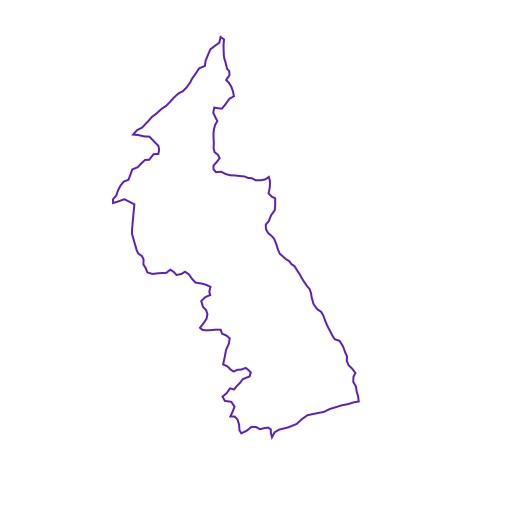 outline of Teolândia, Bahia, Brazil, rotated 220°
{"feature_id": "56859067B17298582971719", "entity_name": "Teolândia", "entity_type": "district", "adm_level": 2, "iso_a3": "BRA", "parent_name": "Brazil", "parent_adm1": "Bahia", "projection": "equal_earth", "projection_center": [-39.49, -13.568], "detail": "fine", "context": "isolated", "style": "outline", "palette": "violet", "viewbox_px": 512, "rotation_deg": 220, "n_neighbors": 0, "source": "geoboundaries", "source_scale": "gbopen_adm2", "svg_char_len": 3134}
<svg xmlns="http://www.w3.org/2000/svg" viewBox="0 0 512 512"><g transform="rotate(220 256 256)"><path d="M127.2,127.4L128.4,132.9L126.6,138.0L123.6,142.0L120.9,145.9L116.9,153.5L116.0,160.6L114.2,167.2L110.8,171.5L107.4,175.8L103.9,180.0L101.0,186.5L97.8,191.3L94.5,196.5L90.2,201.8L87.2,206.5L83.8,210.6L87.7,214.2L92.0,217.1L95.6,220.3L100.6,222.1L103.7,226.1L104.7,230.3L110.0,231.5L114.9,231.9L118.9,233.9L121.8,237.6L126.5,239.9L129.4,241.7L132.3,243.1L137.5,244.7L142.2,242.8L146.5,244.2L151.3,246.2L157.2,248.7L161.6,251.0L166.3,253.7L170.2,255.1L175.1,254.6L181.1,256.2L186.5,259.9L190.1,263.0L193.7,265.1L197.8,265.8L203.5,267.4L207.3,268.7L210.4,270.0L213.7,270.9L220.1,273.0L223.5,272.5L227.1,273.4L231.4,272.8L236.0,273.0L239.2,273.0L243.3,275.0L248.5,278.4L253.7,281.0L257.4,281.4L261.5,281.4L265.7,283.0L268.7,286.4L268.6,290.9L270.6,296.8L271.1,303.2L274.0,307.3L278.4,312.5L281.9,311.6L286.6,312.0L289.7,317.7L293.3,322.2L297.0,324.8L298.1,320.7L301.0,317.1L304.9,313.8L309.2,312.9L312.2,310.7L315.8,309.6L320.2,306.6L324.4,303.8L327.4,301.4L331.9,299.3L336.7,298.2L340.6,294.5L344.3,295.1L346.7,298.0L346.5,302.2L346.7,307.5L350.3,309.1L354.4,308.9L357.8,311.3L360.9,315.4L364.0,318.7L367.6,322.9L369.9,326.5L371.6,330.2L372.3,334.5L375.3,335.7L380.9,338.3L383.3,342.9L380.1,344.7L376.8,347.0L376.9,351.8L377.4,359.3L375.6,364.2L379.3,367.2L383.5,369.7L388.3,371.3L392.0,371.6L392.6,377.6L395.3,380.4L398.5,380.8L401.3,382.9L404.0,384.9L406.9,386.7L409.6,389.0L413.2,393.0L416.3,396.5L419.7,401.3L423.9,401.0L421.2,395.8L422.4,391.3L423.8,385.1L422.1,379.3L420.1,373.1L417.3,368.8L420.2,363.2L419.4,356.3L419.0,350.9L418.0,346.7L417.5,340.2L418.0,335.2L419.9,330.6L420.7,324.7L420.9,318.7L421.3,313.4L422.9,308.0L423.9,300.7L425.1,295.9L425.2,290.7L425.5,286.0L425.8,281.2L428.0,276.0L428.2,270.0L423.9,273.0L418.6,275.7L414.4,278.9L401.6,277.6L398.5,275.1L396.4,271.4L399.9,268.2L399.7,261.0L402.7,258.3L403.4,253.5L403.7,248.0L406.4,242.8L404.3,237.1L402.7,232.4L405.1,228.1L405.1,223.2L403.9,217.6L401.9,212.5L402.0,207.4L399.5,204.7L396.4,209.6L393.3,214.9L382.4,217.4L372.8,203.5L368.0,196.7L365.3,193.3L350.9,183.6L347.7,182.2L343.2,182.6L339.9,181.1L336.9,177.2L332.7,175.8L328.7,173.6L323.9,175.6L320.2,179.5L317.0,182.6L313.9,185.4L312.8,190.4L309.1,190.9L304.7,190.4L301.6,194.2L300.3,198.3L295.6,198.8L290.5,197.4L285.4,196.7L280.0,199.9L275.7,201.9L271.1,203.1L268.8,198.6L266.0,196.7L268.4,191.9L269.0,186.3L263.8,182.9L259.5,182.5L255.9,180.3L253.6,176.3L253.0,171.1L252.8,165.0L249.4,165.0L245.9,167.4L242.7,170.4L239.6,173.6L235.7,176.8L232.1,174.7L227.2,176.1L223.1,176.0L220.3,170.9L218.6,164.8L214.9,158.3L211.5,151.8L206.8,153.1L202.6,152.7L198.9,153.1L197.0,157.0L194.3,159.5L192.0,163.6L188.4,163.8L185.1,163.4L183.5,159.6L187.0,153.2L186.7,149.0L187.1,143.8L187.1,139.6L190.8,137.9L190.3,132.2L191.3,126.8L186.7,125.0L181.2,128.4L175.6,126.8L173.7,121.3L172.5,116.6L169.1,119.3L165.1,118.9L160.5,115.9L156.7,111.9L153.3,110.7L150.8,116.1L149.6,122.2L146.1,125.0L141.5,125.9L139.2,129.3L136.5,132.3L133.2,132.7L130.9,130.0L127.2,127.4Z" fill="none" stroke="#5b21b6" stroke-width="2"/></g></svg>